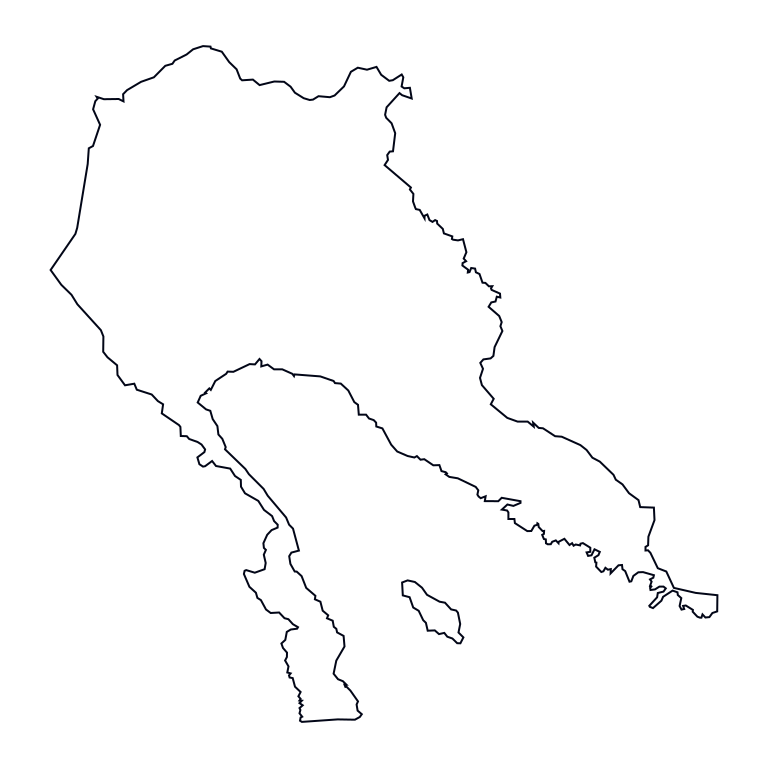 Tanggamus, Lampung, Indonesia
{"feature_id": "22746128B69666188283297", "entity_name": "Tanggamus", "entity_type": "district", "adm_level": 2, "iso_a3": "IDN", "parent_name": "Indonesia", "parent_adm1": "Lampung", "projection": "orthographic", "projection_center": [104.708, -5.522], "detail": "fine", "context": "isolated", "style": "outline", "palette": "ink", "viewbox_px": 768, "rotation_deg": 0, "n_neighbors": 0, "source": "geoboundaries", "source_scale": "gbopen_adm2", "svg_char_len": 6066}
<svg xmlns="http://www.w3.org/2000/svg" viewBox="0 0 768 768"><path d="M50.6,270.0L61.3,284.8L71.5,294.8L77.4,304.3L100.9,330.2L103.4,336.5L103.2,351.8L107.5,357.3L117.1,365.3L117.5,375.0L125.0,385.3L134.3,383.7L136.8,389.7L151.7,394.5L157.9,401.1L163.1,404.3L161.8,413.4L179.0,425.1L180.4,426.9L180.8,436.0L186.8,436.2L189.2,439.0L197.6,442.0L201.5,444.5L205.1,449.4L204.4,452.1L197.4,457.4L199.4,464.2L203.0,466.6L205.1,466.2L212.1,461.0L216.0,466.0L230.2,468.6L235.0,476.0L240.8,479.9L241.0,486.7L245.0,493.3L258.3,500.9L264.0,509.9L272.1,516.1L274.1,521.1L277.7,524.7L277.6,527.6L271.6,530.1L267.2,534.8L263.4,543.2L263.9,547.9L265.9,549.9L263.8,554.7L265.7,563.0L264.6,569.2L254.8,572.7L246.2,570.1L244.6,570.8L243.9,574.0L249.4,586.8L255.9,592.7L257.4,597.9L260.9,600.1L266.0,609.5L270.7,613.0L279.1,612.5L284.5,618.2L288.4,619.2L292.9,624.2L298.0,627.2L297.1,628.7L290.8,629.5L286.8,631.9L285.3,639.9L281.4,643.5L283.0,648.0L287.0,652.6L286.9,657.0L285.1,660.5L288.5,666.4L287.3,672.5L290.6,673.4L289.0,675.4L289.6,677.5L292.7,678.1L295.0,686.7L300.6,692.0L298.4,696.3L300.6,698.9L299.5,700.5L301.8,700.7L299.5,703.1L302.7,705.3L299.5,708.1L300.4,710.0L299.5,713.3L302.2,716.7L300.6,717.5L300.0,720.7L301.9,721.9L337.6,719.4L354.9,719.7L359.8,717.0L361.8,714.2L357.6,710.6L356.6,704.5L358.0,701.4L350.4,690.6L346.4,686.6L345.4,686.9L344.5,684.7L346.4,684.7L342.9,681.2L338.0,679.2L333.6,673.7L336.3,660.6L344.5,646.5L343.6,635.9L337.1,632.4L336.3,628.8L333.8,626.8L332.7,620.7L327.0,618.3L328.2,615.3L322.7,610.7L320.4,601.7L314.9,599.3L315.4,595.8L306.2,587.9L301.6,576.1L296.7,571.6L294.7,571.5L290.4,563.9L289.2,556.2L291.4,552.6L298.9,550.6L293.0,528.6L289.1,524.7L286.1,517.5L267.7,495.7L263.6,488.9L248.9,474.2L245.4,469.0L225.0,449.3L225.7,447.1L222.3,438.8L218.4,434.5L217.4,426.1L212.7,419.1L210.3,410.8L206.1,409.4L197.7,402.5L200.7,395.8L206.1,393.3L205.1,392.6L209.3,388.4L210.8,389.9L215.3,381.0L226.2,373.8L227.6,371.6L233.4,371.8L249.6,364.1L255.0,364.4L259.5,359.0L261.5,361.2L261.3,366.4L267.6,364.6L274.0,369.3L282.2,369.3L292.3,373.8L294.0,376.1L294.5,374.4L320.3,376.4L333.6,381.0L335.0,383.1L340.8,383.6L348.3,390.5L354.3,402.1L358.0,404.8L358.8,414.7L366.1,414.7L369.0,418.5L373.7,420.1L376.1,422.6L376.3,426.5L382.4,428.4L391.2,444.7L397.2,451.5L407.6,456.0L414.4,457.5L416.9,456.1L420.5,459.7L424.3,459.2L433.3,465.3L439.4,465.1L441.5,471.1L445.7,472.2L446.9,473.4L445.6,474.3L449.3,476.9L457.8,478.3L475.7,486.9L478.3,490.3L477.4,494.6L478.6,496.5L480.7,498.2L485.6,496.3L484.8,501.1L498.3,501.2L501.7,497.8L520.5,501.2L520.5,502.9L513.4,505.9L507.4,504.5L501.9,509.6L507.1,510.5L508.4,512.4L508.4,519.0L514.4,519.0L514.9,523.1L527.3,531.1L531.3,531.0L534.4,525.7L537.2,524.8L537.4,523.3L538.3,523.9L538.7,527.0L542.6,531.1L544.1,530.9L543.9,533.9L542.2,534.9L543.9,539.0L545.8,539.4L546.0,543.3L547.8,544.3L550.8,544.2L552.2,541.8L555.8,540.4L558.5,543.2L558.6,541.8L564.4,538.8L569.5,545.0L572.1,543.2L573.6,545.7L575.7,544.5L580.1,545.4L580.5,543.7L582.9,543.1L590.3,547.7L590.3,551.8L586.6,552.4L588.1,555.9L591.5,555.3L594.5,549.3L599.8,551.9L598.4,555.2L594.3,557.7L595.3,562.3L596.4,562.6L596.1,566.6L601.3,572.0L603.4,571.3L605.4,567.8L607.9,569.7L610.8,569.1L610.6,573.4L618.5,565.3L622.0,565.0L622.5,569.2L625.2,571.1L629.5,581.7L631.3,581.3L633.4,575.9L638.3,572.3L643.0,572.1L653.9,575.2L653.3,577.7L650.0,579.4L651.6,581.6L649.9,586.3L650.5,587.1L652.0,585.7L650.1,587.9L650.5,590.0L655.0,589.4L659.4,586.6L663.5,586.6L665.8,588.4L663.5,591.6L657.8,593.0L657.1,597.3L649.3,605.8L649.8,606.8L653.0,608.1L661.4,600.7L663.1,596.8L672.6,590.6L677.5,592.3L677.8,595.0L681.3,598.1L679.6,606.0L681.5,609.6L684.2,609.0L683.1,605.9L685.8,605.5L692.9,609.9L692.7,611.7L697.4,616.7L700.1,617.7L701.4,617.7L702.5,614.4L705.4,617.5L709.4,617.1L712.4,613.0L717.2,611.4L717.4,595.2L695.7,592.9L673.9,587.9L666.3,571.5L657.8,568.2L650.4,552.8L648.0,550.3L645.5,550.5L645.5,546.9L648.1,545.3L648.4,536.7L654.5,520.1L653.9,507.6L640.2,507.1L638.5,500.1L629.0,493.2L622.5,484.4L615.8,479.7L613.5,474.8L599.8,461.6L592.4,457.7L586.6,450.0L580.4,445.1L561.7,436.7L555.1,436.2L543.0,428.3L538.7,427.9L533.1,422.6L533.7,426.6L527.7,421.6L517.6,421.6L507.3,417.9L490.8,404.3L493.7,398.8L481.9,385.1L480.0,377.9L483.0,368.8L480.3,362.9L483.4,359.4L490.6,358.4L493.4,355.9L494.6,347.1L502.4,331.0L500.4,326.2L501.7,322.1L499.2,316.0L488.6,306.8L491.3,302.4L495.5,301.5L496.8,296.7L500.3,297.5L500.0,293.6L491.6,289.9L491.0,288.4L492.3,286.2L488.9,286.3L485.4,282.9L482.5,282.7L479.5,274.0L475.9,272.3L475.1,268.6L471.2,268.0L469.5,272.1L467.8,272.5L468.1,269.7L462.4,265.5L462.6,263.1L466.1,261.2L463.7,258.6L466.4,252.2L463.0,239.2L458.0,240.4L453.1,239.7L451.9,239.0L452.3,236.4L443.9,233.4L442.8,228.9L437.2,223.6L437.0,221.0L435.1,220.1L432.5,221.9L429.5,220.1L427.3,214.5L424.5,215.8L424.5,218.3L419.7,209.9L415.9,209.1L415.2,207.6L413.0,201.4L413.4,193.9L409.9,189.5L410.9,187.5L384.6,165.1L388.0,159.9L387.2,155.1L389.7,151.6L393.0,151.3L395.2,133.2L391.6,123.3L386.2,117.8L385.1,114.8L386.6,107.3L399.5,93.1L402.1,95.2L411.7,98.5L409.9,87.8L404.3,88.3L401.6,86.5L403.3,77.3L401.7,74.5L392.8,80.2L389.2,80.8L381.2,74.8L376.5,66.9L367.0,69.7L357.8,67.7L350.9,71.8L344.0,86.4L334.6,95.5L329.9,97.2L318.5,96.2L313.0,99.6L309.7,100.0L303.7,98.2L294.9,92.7L290.6,86.7L284.1,81.8L274.3,81.5L259.6,85.1L252.9,79.6L242.1,80.3L240.2,78.6L236.6,69.3L229.2,62.1L221.8,51.7L210.9,48.4L210.5,46.6L203.0,46.1L193.1,49.3L186.6,54.5L174.7,60.5L172.4,63.8L165.3,65.8L153.9,77.3L141.1,81.8L127.1,90.1L123.1,94.2L123.5,101.4L118.7,99.0L103.9,99.2L96.6,96.8L97.7,98.6L95.3,101.2L93.1,109.3L100.1,124.8L93.0,146.0L88.8,148.3L87.7,164.0L77.2,227.8L75.4,233.9L50.6,270.0ZM445.0,602.7L439.6,601.7L427.0,594.8L422.0,587.7L414.9,582.0L407.6,580.4L402.1,582.5L402.8,595.4L409.6,597.2L413.2,607.5L418.7,610.8L423.2,620.2L425.9,622.8L427.7,630.7L434.8,630.4L439.0,634.1L444.3,632.9L447.3,636.7L452.4,638.5L457.2,643.2L460.4,643.3L463.4,637.4L458.5,632.5L460.2,624.0L457.9,612.6L456.1,610.5L451.1,609.4L445.0,602.7Z" fill="none" stroke="#020617" stroke-width="2"/></svg>